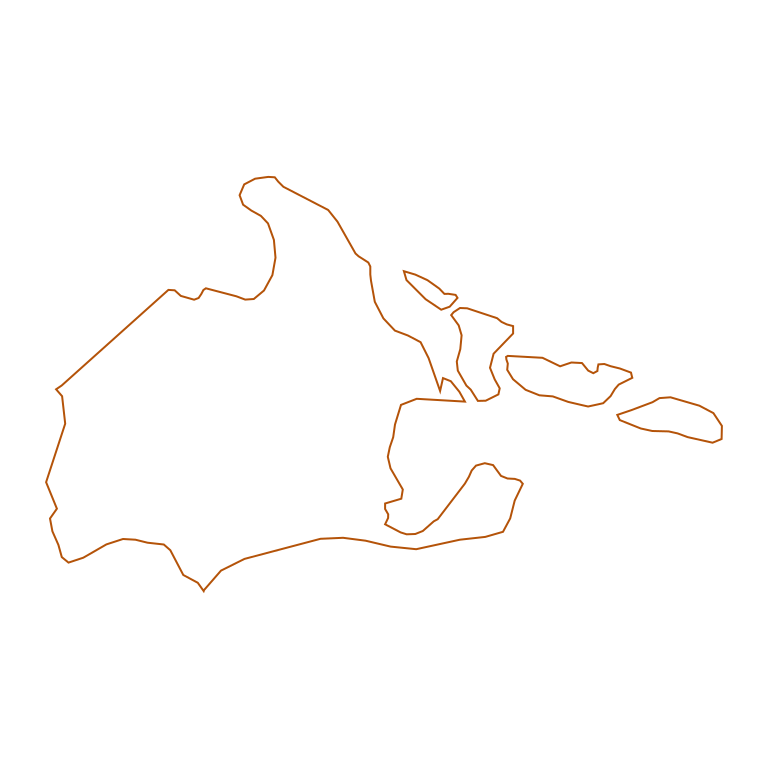 map outline of Albay (Albers equal-area conic projection)
{"feature_id": "PHL-2536", "entity_name": "Albay", "entity_type": "Province", "adm_level": 1, "iso_a3": "PHL", "parent_name": "Philippines", "parent_adm1": "", "projection": "albers", "projection_center": [123.793, 13.252], "detail": "fine", "context": "isolated", "style": "outline", "palette": "amber", "viewbox_px": 768, "rotation_deg": 0, "n_neighbors": 0, "source": "natural_earth", "source_scale": "10m", "svg_char_len": 2555}
<svg xmlns="http://www.w3.org/2000/svg" viewBox="0 0 768 768"><path d="M274.8,177.3L278.2,181.6L283.4,186.8L328.2,210.0L337.5,221.7L355.5,253.5L358.6,256.3L368.3,262.5L370.3,266.5L370.3,274.5L371.0,280.7L374.8,301.8L383.4,318.4L394.9,330.6L407.9,335.5L420.6,342.2L428.6,358.1L440.1,391.0L443.0,378.1L450.8,381.2L459.4,391.8L464.9,401.6L416.7,398.8L401.0,404.9L395.0,424.5L393.2,437.2L389.8,447.2L387.8,456.8L390.5,468.3L402.8,489.5L401.3,498.7L385.1,503.5L385.1,509.0L388.2,514.3L388.1,518.0L385.1,524.3L400.6,532.4L406.6,534.3L415.3,534.0L422.8,531.0L433.8,521.3L437.7,519.2L464.9,483.6L468.9,476.8L471.7,470.5L476.0,465.6L484.8,463.2L493.1,465.1L501.0,475.9L507.5,478.5L514.8,478.9L520.1,480.6L522.8,483.8L514.7,500.6L510.2,518.4L503.0,531.8L485.3,536.9L459.9,539.7L416.2,549.2L390.6,546.6L365.6,540.7L343.1,537.8L320.5,538.8L244.5,558.9L221.0,570.6L204.1,590.0L203.7,591.1L197.8,582.8L183.3,575.0L170.3,550.2L163.8,544.5L147.5,542.7L135.4,539.7L123.0,539.0L106.4,544.4L83.3,557.7L68.5,562.6L61.8,557.1L58.4,544.9L52.4,531.3L50.0,518.5L56.9,508.7L46.1,482.2L65.2,423.7L62.1,396.2L56.1,389.3L61.7,385.5L168.4,289.9L174.7,290.3L180.8,295.9L194.1,299.7L198.6,298.0L201.3,294.0L203.4,290.0L205.9,288.3L236.4,296.3L245.2,299.6L253.8,299.0L264.0,290.5L272.4,275.1L275.5,257.7L273.9,239.9L268.0,223.4L260.9,215.9L251.4,210.6L243.1,204.7L239.6,195.2L244.2,184.4L255.1,178.7L268.3,176.9L274.8,177.3ZM632.3,377.8L622.7,382.6L618.7,384.6L614.9,389.0L610.6,396.1L603.2,403.2L598.3,404.3L588.1,406.5L582.3,405.2L568.2,401.9L552.8,396.4L539.4,395.3L525.6,389.8L513.0,379.2L507.2,369.8L507.8,363.6L506.4,359.5L506.1,356.9L507.2,356.3L507.8,355.9L542.5,357.8L560.1,366.3L566.3,364.2L571.4,362.5L581.1,363.0L581.9,363.0L582.8,364.0L588.2,370.6L593.3,373.2L597.4,371.0L597.7,367.7L598.4,364.4L604.3,364.0L610.6,366.2L619.9,368.5L631.0,372.6L631.8,376.0L632.3,377.8ZM490.0,367.8L494.7,379.4L499.7,388.3L498.4,394.4L485.7,400.7L477.9,400.9L470.7,389.6L466.4,385.6L457.8,370.6L456.8,361.5L460.3,349.1L461.6,335.3L458.7,325.4L451.2,315.1L453.6,312.2L460.0,308.0L467.2,308.3L497.1,318.2L501.5,321.9L506.8,324.4L513.1,326.1L513.1,333.5L493.6,353.7L490.0,367.8ZM677.6,433.4L668.6,431.4L652.3,431.0L640.8,428.5L619.8,420.1L617.3,414.9L631.2,410.2L652.5,402.2L659.5,398.1L670.5,397.3L699.4,405.7L713.4,413.1L721.9,425.9L721.6,439.0L712.6,442.7L687.6,437.1L677.6,433.4ZM425.6,299.2L406.5,280.1L403.9,271.2L415.3,274.6L427.5,280.2L439.3,288.6L444.4,293.9L448.4,293.8L455.6,294.9L457.5,297.9L449.7,306.7L441.2,309.7L425.6,299.2Z" fill="none" stroke="#b45309" stroke-width="2"/></svg>